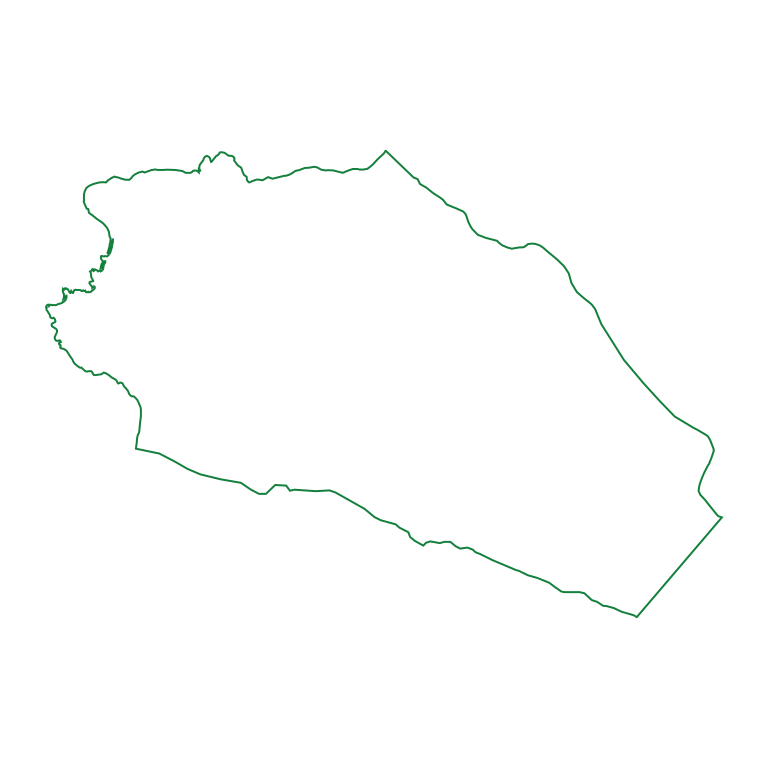 outline of Theodorine, Anse-la-Raye, Saint Lucia
{"feature_id": "8701671B76033822027974", "entity_name": "Theodorine", "entity_type": "district", "adm_level": 2, "iso_a3": "LCA", "parent_name": "Saint Lucia", "parent_adm1": "Anse-la-Raye", "projection": "albers", "projection_center": [-61.054, 13.929], "detail": "fine", "context": "isolated", "style": "outline", "palette": "green", "viewbox_px": 768, "rotation_deg": 0, "n_neighbors": 0, "source": "geoboundaries", "source_scale": "gbopen_adm2", "svg_char_len": 5951}
<svg xmlns="http://www.w3.org/2000/svg" viewBox="0 0 768 768"><path d="M414.7,540.8L423.3,545.6L426.0,542.8L430.3,541.4L439.8,543.1L444.2,541.9L450.4,541.9L455.6,546.2L460.2,548.6L467.4,547.6L472.7,549.6L475.5,552.2L480.5,554.2L492.6,560.2L515.6,569.9L519.2,571.0L528.0,575.3L537.2,577.9L549.1,582.7L555.2,587.3L561.3,591.5L564.0,592.1L579.3,592.1L584.3,593.2L591.8,600.1L597.0,601.8L603.1,605.8L606.7,606.1L613.9,608.1L621.7,611.8L633.6,615.2L636.8,617.1L721.9,517.4L718.7,516.3L718.0,515.9L717.3,515.2L708.7,504.6L704.9,499.7L700.2,494.7L698.6,490.9L699.0,487.7L699.6,484.7L701.0,480.5L703.1,475.2L704.6,471.9L708.0,465.4L709.4,463.3L709.8,461.8L711.1,458.8L713.6,451.5L713.8,450.2L713.4,448.4L710.2,440.2L708.0,436.4L706.5,435.2L697.7,430.0L693.1,427.6L674.8,416.6L659.8,401.1L643.4,383.1L623.8,359.8L601.3,324.1L595.1,309.0L591.8,304.6L589.9,302.9L584.4,298.6L576.9,292.1L571.5,283.1L568.8,273.5L565.2,267.9L563.7,265.9L557.0,259.4L547.3,251.3L543.2,247.7L539.8,245.4L534.7,243.7L533.3,243.8L532.2,243.6L527.9,244.1L525.9,245.8L523.9,247.1L522.0,247.4L519.4,247.4L511.7,248.7L507.1,247.4L502.2,245.3L498.5,242.4L497.1,240.8L485.9,237.9L477.8,234.8L472.3,229.1L470.7,226.7L468.3,221.9L465.9,214.5L464.0,212.3L463.0,211.4L456.3,208.4L451.8,206.6L446.7,204.5L443.0,199.8L439.7,197.3L433.1,193.1L426.4,187.7L420.0,184.0L417.6,179.1L413.6,177.5L385.9,150.9L385.5,150.9L384.4,152.7L383.7,153.6L377.6,159.3L373.1,164.2L370.6,166.4L368.0,168.4L367.1,168.9L362.9,169.6L359.2,169.5L357.6,169.0L352.8,169.0L348.9,170.3L342.8,172.8L333.0,170.4L328.3,170.2L325.2,170.4L321.3,169.7L316.9,167.3L314.0,166.8L309.3,167.7L304.7,168.0L298.9,170.2L296.1,170.7L294.8,171.3L294.5,171.6L290.4,174.2L289.0,174.8L285.8,175.8L284.3,175.8L272.5,178.7L269.2,177.6L268.5,177.1L267.2,177.6L262.7,180.2L261.8,180.2L259.6,179.8L257.3,179.5L256.0,179.8L252.4,181.1L249.5,182.4L248.6,182.2L247.0,180.2L246.6,176.8L243.9,174.8L242.6,171.8L241.5,168.5L241.1,167.6L237.7,165.3L234.1,160.4L234.5,158.7L233.6,156.8L231.7,155.9L228.5,155.7L224.6,152.8L221.4,152.2L219.7,152.5L219.3,153.5L218.1,154.9L216.0,156.2L211.8,161.5L211.1,161.9L210.3,159.7L210.1,158.6L209.1,157.0L206.9,155.9L205.0,156.7L203.7,158.6L203.3,160.2L200.0,164.5L199.4,166.0L199.3,167.9L199.1,168.3L200.6,171.4L198.8,169.6L198.8,172.4L197.5,171.1L196.4,170.6L195.2,170.5L193.8,170.6L192.7,171.1L192.2,171.9L190.6,172.8L185.9,172.9L182.3,171.0L175.6,170.0L167.2,169.7L162.1,170.0L157.4,169.9L154.9,169.4L152.9,169.9L151.6,170.0L144.7,172.5L142.5,171.6L138.5,172.6L134.8,174.5L132.7,176.2L131.3,178.1L129.3,179.8L125.2,179.7L121.1,178.6L119.5,177.9L114.4,176.6L111.7,177.9L107.8,180.4L106.1,182.4L103.1,182.2L99.6,182.4L96.6,183.1L93.1,184.1L89.5,185.7L88.2,186.5L86.4,188.0L84.6,191.6L84.0,194.4L83.9,199.0L84.2,200.1L83.7,201.5L84.2,203.0L86.7,208.7L87.5,208.8L88.3,209.1L88.9,212.7L94.7,217.1L96.4,218.6L102.9,223.1L104.7,225.0L107.2,228.1L108.9,231.7L109.6,236.6L110.6,238.3L110.4,241.4L110.3,242.8L109.8,243.6L109.3,247.2L107.6,252.8L107.0,253.6L108.2,252.6L110.2,249.9L111.9,244.4L112.4,240.7L112.8,239.9L113.0,238.5L112.8,242.8L112.4,243.6L111.9,247.2L110.2,252.8L108.2,255.5L107.1,256.4L104.9,256.1L104.5,256.4L103.8,256.4L101.4,256.0L101.0,256.3L100.9,258.5L102.7,261.2L102.7,262.5L101.6,264.1L101.1,265.8L100.6,268.5L102.0,267.7L103.1,266.3L103.6,262.9L104.2,261.3L105.3,261.2L105.3,262.5L104.2,264.1L103.6,265.8L103.1,269.2L102.0,270.6L100.6,271.4L100.2,270.7L99.4,270.6L98.1,271.4L97.6,270.7L94.8,269.4L94.1,270.7L93.6,271.0L93.3,269.9L92.8,269.0L92.2,269.3L91.5,270.7L90.0,271.5L90.7,272.7L91.1,274.1L91.1,276.4L91.5,277.6L93.2,280.7L93.2,281.1L92.8,281.3L91.5,281.6L90.8,281.6L89.7,282.0L89.4,283.1L90.3,284.6L92.0,286.7L92.2,287.1L92.2,287.7L93.8,286.3L94.6,286.7L94.8,287.1L94.8,288.0L94.2,289.0L90.6,292.0L89.8,292.2L89.1,292.3L88.3,291.8L88.0,292.0L86.5,292.3L86.0,292.0L85.3,290.7L84.9,291.0L84.1,291.0L83.1,290.3L82.3,291.0L81.6,291.0L80.1,290.0L76.4,290.0L75.5,289.7L74.7,290.0L74.2,290.4L73.8,291.0L73.3,292.5L73.0,293.0L72.3,292.7L71.2,291.0L70.8,292.5L70.4,293.0L69.7,292.7L67.9,289.3L66.6,288.6L65.5,289.0L65.4,288.3L64.0,288.6L63.1,289.4L63.9,291.2L62.9,289.6L62.8,290.6L62.9,291.9L63.9,294.1L64.0,294.8L63.9,297.1L63.4,299.1L65.3,297.4L65.9,296.4L66.5,294.8L66.5,297.1L66.3,298.3L65.3,300.3L64.3,301.3L62.9,302.3L61.4,303.2L60.5,303.5L58.6,303.9L56.0,305.1L55.0,305.2L53.8,304.9L52.4,305.2L50.5,304.7L49.6,305.3L49.0,306.1L48.4,304.6L47.9,304.7L47.0,305.3L46.4,306.1L46.7,307.3L46.1,307.4L46.7,310.2L47.2,310.7L50.1,315.5L50.1,316.7L50.4,317.3L51.3,318.0L52.1,318.3L53.5,317.7L54.5,318.6L55.0,319.5L55.5,321.5L55.3,321.9L51.9,323.7L51.7,324.1L51.6,324.8L51.9,326.2L54.3,327.8L56.0,328.8L57.1,330.4L57.0,331.9L56.9,332.3L54.7,337.0L54.8,338.6L55.8,340.4L56.1,340.6L57.0,340.9L57.8,340.9L59.0,340.4L59.6,340.4L60.3,340.7L60.5,341.1L60.0,341.9L60.5,342.2L59.2,342.9L58.9,343.3L59.2,344.4L60.5,345.1L60.7,346.3L60.1,347.4L60.4,347.9L61.3,348.4L63.3,348.8L64.3,349.2L66.4,350.6L67.2,351.6L69.5,355.4L72.6,359.8L73.2,361.4L74.5,363.5L77.8,366.3L79.2,367.1L80.2,367.8L81.4,367.6L84.6,370.6L85.6,371.2L86.3,371.5L87.3,371.5L89.5,371.1L91.2,371.2L92.2,372.2L93.3,374.5L94.0,375.0L95.5,375.1L101.6,374.2L103.6,372.6L105.1,372.9L107.9,374.5L109.9,375.9L110.7,376.7L112.1,377.7L115.3,379.4L115.9,379.9L116.7,380.8L117.6,382.9L118.1,383.3L118.4,383.5L119.5,383.0L119.9,382.6L120.4,382.5L122.3,383.2L122.7,383.7L124.1,386.5L126.1,388.5L128.1,391.2L129.2,394.0L130.5,395.5L131.7,396.3L132.9,396.3L133.9,396.5L135.3,397.7L137.3,399.9L140.3,406.5L140.9,409.3L140.9,416.2L139.9,424.5L139.3,431.1L138.9,432.8L137.6,435.6L137.0,439.0L136.8,442.1L135.9,448.7L159.2,453.5L175.4,461.9L187.5,468.9L200.4,474.4L220.6,479.3L240.9,482.8L251.0,489.7L259.1,493.9L265.9,493.9L275.2,485.0L286.2,485.6L289.9,490.7L294.4,489.7L314.7,491.1L317.2,491.1L329.4,490.4L335.5,492.5L364.6,508.9L374.5,517.1L380.9,520.3L395.6,524.3L399.5,527.7L408.3,532.2L410.2,537.1L414.7,540.8Z" fill="none" stroke="#15803d" stroke-width="2"/></svg>